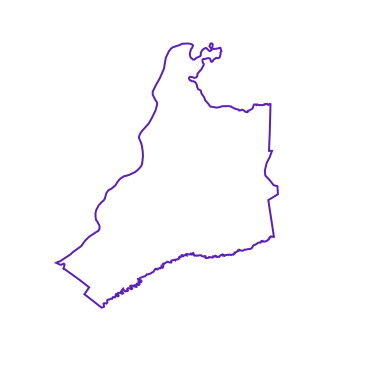 the district of Bella Vista, Corrientes, Argentina, rotated 25°
{"feature_id": "61730980B66875074034941", "entity_name": "Bella Vista", "entity_type": "district", "adm_level": 2, "iso_a3": "ARG", "parent_name": "Argentina", "parent_adm1": "Corrientes", "projection": "mercator", "projection_center": [-58.927, -28.498], "detail": "fine", "context": "isolated", "style": "outline", "palette": "violet", "viewbox_px": 384, "rotation_deg": 25, "n_neighbors": 0, "source": "geoboundaries", "source_scale": "gbopen_adm2", "svg_char_len": 6019}
<svg xmlns="http://www.w3.org/2000/svg" viewBox="0 0 384 384"><g transform="rotate(25 192 192)"><path d="M160.0,58.8L160.1,57.6L159.6,54.9L159.0,54.0L158.9,52.6L159.2,52.1L156.9,49.4L156.5,49.4L154.6,51.1L151.1,53.3L150.5,53.5L149.9,53.3L149.3,52.5L148.7,50.3L148.3,49.4L147.8,49.0L147.3,49.0L146.1,49.5L146.2,52.5L149.1,54.1L149.7,54.8L149.4,55.7L149.0,56.4L148.4,56.8L147.0,56.5L144.2,55.5L143.6,55.7L142.2,57.2L141.4,59.2L141.1,61.9L142.2,64.6L142.1,65.3L140.4,67.4L139.3,68.5L138.3,70.9L136.9,71.5L133.8,70.6L132.3,68.9L131.4,67.0L130.9,63.9L130.8,62.4L131.2,61.3L131.1,59.5L130.8,58.6L130.1,58.2L127.1,58.6L125.2,59.3L120.1,62.0L119.2,63.5L113.4,69.0L112.3,71.2L111.6,74.2L111.5,81.0L112.1,83.6L114.4,91.8L114.6,95.3L114.7,103.1L114.1,110.6L114.0,117.7L115.2,120.3L119.1,123.5L122.6,125.8L123.5,127.8L124.5,133.7L124.3,142.5L123.8,148.5L120.9,157.8L120.3,161.7L120.7,164.8L122.3,166.6L124.8,168.7L127.1,171.3L130.5,176.6L132.4,180.2L134.4,186.1L135.0,188.2L135.0,189.9L134.2,193.0L132.9,196.3L131.6,198.5L127.5,203.4L126.5,204.1L126.2,204.6L123.8,206.4L121.4,210.1L120.3,214.0L119.8,218.3L117.6,223.0L115.6,225.6L115.0,228.1L114.9,229.4L115.8,235.1L115.4,237.4L114.6,238.8L113.1,243.3L112.8,248.6L113.4,251.8L115.0,255.1L116.8,257.9L118.8,258.9L120.3,260.2L121.5,260.9L122.5,261.8L123.7,264.4L123.6,266.5L123.3,267.4L122.6,268.0L117.7,276.0L115.7,281.2L114.5,287.8L109.2,297.3L108.3,299.8L101.6,310.7L99.8,312.3L98.8,313.6L103.4,313.6L104.4,313.1L105.4,311.8L106.2,311.1L106.7,311.2L107.2,311.7L107.7,314.2L107.7,315.7L108.1,316.0L108.4,315.6L127.4,319.2L139.1,321.9L137.7,330.1L158.8,335.0L160.6,333.5L160.8,333.1L159.1,330.7L159.3,330.0L159.9,329.6L161.6,329.3L162.0,328.2L160.9,325.9L161.3,325.0L162.4,324.6L163.6,322.8L164.6,322.6L164.9,322.3L164.8,320.7L165.2,320.4L166.7,320.1L166.8,319.3L166.3,317.4L166.4,316.4L167.0,316.2L167.5,317.4L168.1,317.9L168.7,318.0L169.2,317.8L169.4,317.4L169.3,316.9L167.8,315.7L167.6,315.0L167.8,314.5L169.2,313.9L171.7,313.7L172.1,313.5L172.4,312.8L170.8,312.0L170.3,312.2L169.8,312.1L169.8,311.4L170.4,308.7L172.4,310.2L173.6,310.2L173.9,309.7L174.7,309.5L175.5,309.0L175.6,308.2L174.4,307.6L174.2,307.0L174.7,306.2L175.8,305.7L177.9,305.8L178.6,305.2L178.6,304.5L175.8,303.5L175.8,303.0L176.6,302.4L178.8,301.9L178.8,301.4L179.4,300.6L180.1,300.5L180.3,301.1L180.2,301.9L181.8,301.5L180.7,298.9L180.7,298.5L181.2,298.2L182.1,299.0L182.7,299.0L183.3,298.5L183.5,298.0L183.0,296.9L181.7,296.5L181.5,296.0L181.8,295.6L182.6,295.4L183.5,295.5L184.0,295.2L184.0,294.5L183.7,293.9L183.0,293.6L182.5,293.9L182.4,294.5L180.3,294.3L179.9,293.7L181.2,293.2L181.3,291.9L181.6,291.3L182.7,290.5L183.8,289.1L185.2,288.2L185.8,285.7L187.1,285.3L187.8,284.2L189.1,283.3L189.5,282.1L190.5,281.2L190.7,280.6L191.3,277.2L191.9,276.7L192.4,277.0L193.1,277.0L193.7,276.4L193.8,275.6L194.4,275.3L194.9,274.6L195.7,274.5L196.0,273.9L195.7,272.4L196.9,273.3L197.5,273.0L197.5,272.2L197.0,270.6L196.1,269.6L196.2,269.0L197.0,269.1L198.9,265.8L199.4,265.5L201.1,265.4L202.9,264.8L203.0,264.3L202.3,263.5L202.3,262.9L202.9,262.2L204.0,261.6L204.4,261.0L205.9,261.1L206.0,259.9L207.6,259.0L208.1,257.8L208.6,257.6L207.9,256.4L208.1,255.8L209.3,255.6L209.3,254.0L210.5,254.3L211.1,254.0L210.6,253.2L211.6,253.0L212.2,252.5L212.4,251.8L213.7,251.7L213.2,251.2L213.1,250.5L213.7,250.2L214.4,250.4L216.5,249.4L216.7,248.4L217.1,248.3L217.5,248.9L218.1,248.9L218.8,248.4L218.9,247.9L218.5,247.7L218.5,247.2L219.0,246.9L219.4,247.5L220.1,247.6L220.7,248.6L221.4,248.6L221.7,248.2L223.0,247.9L223.3,247.4L224.3,247.2L225.4,246.2L225.9,246.1L226.7,245.5L228.2,246.0L228.7,245.7L230.2,245.5L230.4,244.9L231.1,244.5L231.6,244.6L232.2,246.0L233.1,245.9L235.0,244.4L234.9,243.8L235.2,243.5L235.9,243.6L236.8,243.1L238.2,242.8L238.6,242.3L238.3,241.4L239.7,240.9L239.8,240.2L240.3,239.8L240.8,239.9L241.0,240.3L241.5,240.6L241.8,240.2L242.3,240.2L242.7,239.6L243.8,239.6L244.2,239.2L244.3,238.4L244.6,237.2L245.2,237.0L246.0,235.7L246.6,235.9L247.0,236.3L247.3,235.7L248.3,236.3L248.7,235.9L248.8,235.3L249.2,234.8L250.1,234.5L251.0,233.7L251.8,233.7L252.0,233.2L252.8,232.7L254.0,232.7L254.8,231.7L255.8,231.4L255.8,230.7L256.7,230.1L256.7,229.5L256.2,228.8L257.0,228.3L258.5,226.3L258.2,226.1L258.1,225.5L258.7,225.2L259.4,225.3L259.8,224.9L259.6,224.4L260.8,224.5L262.6,223.8L263.1,223.4L264.0,222.0L265.2,221.5L266.6,220.3L268.9,219.0L269.8,217.8L269.8,217.1L270.1,216.7L270.1,214.6L270.4,214.0L271.2,213.5L271.5,212.9L272.2,212.3L273.1,210.4L274.7,209.1L275.2,209.1L275.6,208.8L275.6,207.4L275.8,206.9L276.7,206.4L277.3,207.0L279.4,205.8L279.8,205.3L280.4,204.9L280.6,204.1L281.0,203.8L281.2,202.8L281.7,202.3L281.4,201.5L281.5,200.4L282.2,200.1L281.9,199.6L282.1,199.0L282.7,199.0L283.7,198.4L284.2,198.5L285.2,198.0L264.6,167.1L270.8,157.7L267.0,150.7L263.0,151.3L257.6,148.5L251.5,146.1L249.0,141.9L247.4,134.1L247.7,127.7L247.1,120.9L244.4,122.2L236.9,104.2L226.0,79.2L225.2,79.3L224.4,80.8L223.2,80.3L222.7,80.7L221.0,81.4L220.9,82.2L220.3,82.2L219.6,83.2L218.3,84.0L217.0,84.2L216.4,84.8L215.2,85.2L214.3,85.0L213.8,85.3L213.6,86.0L213.0,85.7L211.4,86.3L211.2,88.2L211.5,89.1L211.5,90.9L210.0,93.1L209.8,93.7L208.6,94.5L208.4,95.2L208.7,95.6L208.6,96.1L208.2,96.4L207.1,96.4L206.6,96.8L204.7,96.2L202.9,96.2L202.4,96.4L201.7,97.4L200.3,98.2L199.5,97.6L197.5,98.1L195.2,98.4L193.8,98.2L192.2,98.3L191.3,98.0L188.3,98.9L186.4,100.0L185.0,100.5L182.6,101.9L181.3,103.3L178.7,105.1L172.5,106.8L169.4,105.1L165.1,103.3L163.3,101.3L161.3,100.0L159.8,99.3L158.2,97.9L157.5,96.8L156.9,96.3L154.1,96.2L152.3,94.7L151.5,93.3L149.2,91.4L148.4,91.1L146.6,91.0L145.1,91.7L143.8,91.4L143.1,91.6L142.0,91.1L141.3,90.4L141.1,89.6L141.3,88.9L141.6,88.4L143.3,87.8L145.7,87.6L147.2,86.6L147.8,85.2L147.7,84.3L147.1,82.9L147.1,82.0L148.7,76.5L148.9,71.7L148.6,71.0L147.0,70.1L145.7,68.0L145.6,67.5L146.0,66.6L147.7,65.8L149.5,64.2L150.4,63.7L151.6,63.5L152.5,63.9L153.9,65.6L154.5,65.8L155.1,65.5L155.4,65.0L155.7,62.8L157.2,60.2L157.9,59.9L158.8,59.9L160.0,58.8Z" fill="none" stroke="#5b21b6" stroke-width="2"/></g></svg>